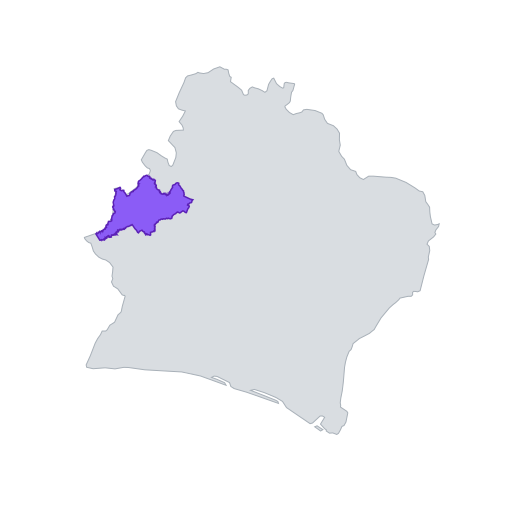 location of Tonkpi, Dix-Huit Montagnes, Ivory Coast, rotated 25°
{"feature_id": "98640826B98350089255378", "entity_name": "Tonkpi", "entity_type": "district", "adm_level": 2, "iso_a3": "CIV", "parent_name": "Ivory Coast", "parent_adm1": "Dix-Huit Montagnes", "projection": "albers", "projection_center": [-7.715, 7.368], "detail": "fine", "context": "in_parent", "style": "filled", "palette": "violet", "viewbox_px": 512, "rotation_deg": 25, "n_neighbors": 0, "source": "geoboundaries", "source_scale": "gbopen_adm2", "svg_char_len": 9659}
<svg xmlns="http://www.w3.org/2000/svg" viewBox="0 0 512 512"><g transform="rotate(25 256 256)"><path d="M125.7,114.1L127.3,114.0L131.4,112.8L135.1,110.1L138.6,104.4L143.3,99.8L148.5,100.1L150.1,99.3L152.0,99.1L154.2,102.1L156.4,104.4L158.0,104.5L159.2,108.8L168.8,110.7L172.9,111.8L176.4,115.0L177.6,115.1L179.1,114.4L180.2,113.3L180.4,112.1L179.0,109.2L179.6,106.6L181.2,104.3L183.6,104.2L187.4,103.5L191.7,103.5L194.9,103.9L196.1,101.6L194.9,95.1L195.2,91.6L195.7,88.6L196.9,87.3L201.7,91.1L206.0,92.4L209.2,92.6L210.0,91.8L208.7,87.7L209.1,86.5L210.2,85.7L212.3,85.3L217.8,83.6L218.4,83.9L219.5,90.4L219.0,92.6L220.2,97.0L221.6,101.1L221.5,102.8L220.3,105.3L219.0,107.6L219.1,108.6L221.3,110.2L225.6,111.8L230.0,112.2L232.4,109.8L235.0,107.8L236.7,106.1L237.3,103.5L240.1,101.6L248.1,99.2L255.4,98.8L257.2,99.6L260.5,103.1L264.7,105.6L271.1,105.2L275.8,106.7L279.8,109.4L282.5,115.5L285.5,119.9L286.8,126.2L291.5,129.5L295.2,130.9L300.1,135.5L305.3,137.8L310.6,137.2L313.1,139.6L317.0,141.2L321.0,141.3L324.4,136.0L329.0,133.9L340.6,129.6L345.1,127.7L349.8,126.4L360.9,125.9L371.3,127.1L376.5,128.1L380.0,127.3L383.4,129.8L386.9,135.0L389.8,136.6L392.7,138.4L394.9,142.6L397.4,146.6L398.8,148.4L402.0,152.5L404.7,152.5L407.3,150.7L408.4,149.4L409.0,152.1L408.0,156.4L408.2,159.1L409.7,160.1L408.9,163.6L405.9,169.5L406.0,173.0L409.0,174.1L411.2,177.7L412.6,184.1L413.9,186.2L414.1,187.5L416.5,202.8L419.4,218.1L417.7,220.1L415.3,220.8L413.7,221.5L413.3,222.9L414.4,225.0L413.7,226.9L410.8,228.3L404.3,233.3L403.9,235.2L402.2,239.4L400.8,242.0L398.8,246.7L395.5,259.2L394.4,269.5L394.2,272.7L393.0,275.0L391.5,278.2L384.6,287.1L381.0,294.4L381.5,297.5L381.7,300.7L380.7,303.0L381.0,309.1L381.9,314.2L383.2,319.2L388.4,333.3L391.2,341.9L392.9,348.9L394.4,353.5L395.8,355.4L396.4,357.2L404.0,358.4L405.5,359.4L407.7,368.5L407.4,372.5L405.9,374.1L406.0,377.6L405.7,381.9L404.6,383.6L400.3,383.9L397.5,385.5L393.6,384.9L393.3,383.9L391.2,383.5L385.5,381.1L386.4,373.2L383.8,372.9L381.7,374.0L377.8,383.5L375.9,385.1L347.7,380.5L341.5,376.6L334.2,375.8L321.4,376.3L310.9,377.6L307.9,380.0L334.5,378.4L337.3,378.6L338.7,380.1L305.1,383.4L292.2,385.4L288.4,384.9L285.5,381.9L271.6,381.6L268.7,382.6L267.0,384.8L272.5,384.3L281.1,384.1L283.5,385.8L256.4,388.2L237.6,392.5L229.6,395.7L203.4,406.1L187.4,411.0L183.2,412.8L175.9,417.9L166.5,421.1L156.0,427.0L149.6,428.4L148.1,426.5L148.0,416.4L147.1,403.0L147.4,397.8L148.3,393.0L148.3,389.0L151.5,387.5L152.3,385.8L152.8,380.5L155.8,375.8L155.8,367.5L156.7,365.7L157.4,363.5L156.1,358.1L154.4,347.8L153.6,347.2L152.9,347.6L151.2,347.8L144.6,344.2L139.6,343.6L136.0,340.6L135.8,337.1L134.0,335.1L132.8,331.1L131.1,326.5L126.1,323.8L121.4,323.1L118.0,323.7L114.1,323.5L109.6,322.0L106.5,320.2L103.6,316.9L100.9,314.2L98.7,314.5L96.1,313.9L93.5,312.7L92.6,311.7L103.5,301.1L107.2,295.9L107.6,292.7L107.7,289.4L108.9,286.2L109.2,281.1L103.2,262.8L101.7,257.2L100.0,255.5L99.0,254.9L102.1,252.5L106.2,253.2L112.7,255.0L114.1,253.2L118.9,244.0L118.8,240.5L118.3,238.2L121.2,231.9L123.4,229.4L124.6,226.8L124.2,223.2L122.5,221.8L120.3,222.1L117.6,221.2L113.5,219.1L111.4,217.3L112.1,208.9L112.5,206.4L113.9,204.9L116.2,204.5L122.5,204.2L127.7,205.2L132.2,205.7L134.6,205.7L136.5,208.2L139.1,210.7L141.4,210.7L142.2,208.8L141.7,200.6L140.2,196.2L136.7,192.0L127.8,188.5L127.6,183.5L128.5,178.0L130.4,176.0L137.0,172.6L135.9,170.7L133.7,168.7L129.5,166.7L130.5,160.2L130.7,154.4L127.2,155.1L123.5,155.4L120.4,153.6L117.9,150.1L117.4,140.4L117.4,129.2L116.9,124.3L117.9,121.7L121.0,119.2L124.5,116.1L125.7,114.1ZM390.0,385.1L388.5,387.3L381.4,386.0L383.1,384.1L390.0,385.1Z" fill="#d9dde1" stroke="#a8b0b8" stroke-width="1"/><path d="M128.7,230.1L128.7,230.3L128.4,230.5L127.2,229.9L126.6,230.3L126.3,230.0L126.5,229.3L125.9,228.8L125.5,228.8L124.5,229.4L123.5,229.1L123.1,228.9L122.4,229.3L122.2,229.8L121.7,230.1L121.3,231.1L120.6,231.1L120.4,232.2L119.9,232.8L119.9,233.8L118.7,236.8L118.1,237.5L118.0,238.6L118.5,239.5L118.3,239.7L118.5,240.2L119.4,240.1L119.0,240.7L120.1,242.1L119.6,242.8L119.6,243.9L118.8,246.2L117.1,248.8L117.5,249.4L117.1,249.9L116.9,249.9L116.0,250.5L115.8,251.6L115.3,252.4L115.8,254.1L115.4,255.0L114.3,255.6L113.7,256.4L110.8,254.3L108.8,253.4L108.5,252.4L107.5,252.6L106.9,253.5L106.5,253.6L105.9,253.7L104.6,253.5L104.8,252.2L104.2,252.0L104.2,251.4L103.9,251.2L103.6,251.3L102.2,253.2L99.9,255.4L99.9,255.8L100.8,256.8L101.7,256.4L102.2,256.6L102.3,258.0L102.7,258.4L102.6,258.6L103.0,259.5L103.2,260.9L103.1,261.5L102.7,261.8L102.8,262.3L103.5,263.1L103.8,264.1L103.5,265.0L103.8,267.6L105.5,270.0L105.4,270.3L105.8,270.4L106.0,270.7L105.9,271.1L105.3,271.9L105.5,272.3L106.3,272.8L106.5,273.1L106.8,273.1L107.1,274.2L107.5,274.3L108.1,274.2L108.4,274.7L109.4,275.5L109.7,275.2L109.9,275.6L109.9,276.9L109.3,277.2L108.8,277.8L109.2,278.5L108.8,279.7L108.9,280.1L108.6,280.4L109.5,283.5L109.3,283.8L109.4,284.1L109.9,284.1L109.9,284.6L110.3,285.0L109.6,286.1L107.7,287.0L108.1,289.3L108.6,290.2L108.5,290.4L107.6,290.6L107.6,291.2L107.2,291.5L107.7,293.1L108.0,293.3L108.2,293.2L108.4,292.5L108.4,293.4L107.4,294.5L107.9,295.3L107.4,295.5L107.3,296.0L106.5,296.5L106.7,298.3L106.4,298.0L106.0,298.0L105.6,298.2L105.5,298.4L105.8,298.7L105.7,298.9L105.5,299.2L105.2,299.0L104.4,299.8L104.6,300.4L104.1,300.0L104.1,300.5L103.3,300.8L103.1,301.2L103.3,302.1L103.2,302.4L102.6,303.0L102.2,302.8L102.0,303.6L101.8,303.6L101.7,303.3L101.6,303.7L107.8,307.7L108.5,307.3L108.8,306.6L109.4,306.6L109.7,306.9L109.9,306.3L110.5,305.9L110.7,305.4L111.6,305.8L111.8,305.7L112.0,305.3L111.8,304.7L112.0,304.4L111.6,304.6L111.5,304.4L112.3,304.0L112.1,303.5L111.5,302.9L111.9,302.8L112.2,303.3L112.4,303.3L112.4,302.8L113.2,302.8L113.3,302.4L113.6,302.5L113.3,302.3L113.2,302.0L112.6,301.6L112.7,301.4L113.4,301.0L113.3,300.6L113.8,300.5L113.7,299.9L114.4,299.9L114.6,300.1L114.9,300.5L114.5,300.9L114.7,301.1L115.5,300.9L115.7,300.5L116.4,300.4L116.5,300.3L116.1,300.2L116.5,300.0L116.6,299.6L116.3,299.5L116.3,298.9L116.5,298.6L116.2,298.0L116.5,297.8L117.0,298.0L117.5,297.6L117.3,297.4L118.0,296.7L118.4,297.0L118.7,296.4L119.1,296.5L119.0,295.9L119.5,296.2L119.8,295.5L120.1,295.8L120.6,295.6L120.1,295.5L120.4,295.4L120.5,295.1L120.2,295.0L120.4,294.8L119.7,294.4L119.9,294.3L120.0,293.8L119.8,293.5L119.6,294.1L119.4,294.3L119.2,293.9L119.4,293.8L119.3,293.1L120.0,292.6L120.3,292.8L120.5,292.6L120.0,292.4L120.0,291.8L120.2,291.7L120.2,292.0L120.5,291.8L119.9,291.5L119.8,291.2L119.7,291.3L119.6,291.2L119.6,290.9L120.0,290.9L120.5,290.6L120.9,291.0L120.8,290.4L121.1,290.1L121.2,289.5L121.5,289.3L121.8,289.5L121.7,290.0L121.8,290.0L122.2,289.5L122.8,289.3L122.6,289.0L123.3,288.9L123.3,288.4L123.7,288.4L124.4,287.9L124.1,287.7L124.3,287.3L124.6,287.5L124.7,287.1L125.3,287.2L125.2,286.8L125.6,286.5L125.3,286.4L125.7,286.1L125.7,285.8L125.9,285.7L125.8,285.3L126.2,284.7L126.7,284.2L126.9,283.6L128.0,283.1L128.1,282.8L129.1,281.9L129.2,281.2L129.9,281.0L130.4,279.9L131.1,280.2L134.7,282.4L136.9,283.2L138.7,284.6L139.7,284.7L140.1,282.6L140.9,281.9L141.3,281.2L141.9,280.8L143.1,281.5L144.4,281.4L144.4,281.7L145.2,282.3L145.5,282.3L146.0,282.7L146.4,282.3L146.9,282.6L147.3,282.9L147.1,283.0L147.2,283.3L147.7,282.8L148.1,282.7L147.8,282.4L147.8,282.1L148.5,282.2L151.3,282.0L151.6,281.4L150.4,279.2L151.5,278.2L151.8,278.1L152.5,277.2L152.8,277.1L152.6,276.9L152.7,276.6L153.1,276.4L152.9,276.2L153.0,276.0L153.3,276.0L153.5,276.3L153.8,275.9L153.3,275.5L153.4,275.1L153.2,274.6L152.9,274.7L152.6,274.4L152.9,274.0L152.7,274.1L152.6,273.4L152.2,273.3L152.3,272.8L152.0,272.3L152.1,272.0L152.0,271.8L151.7,272.0L151.2,271.8L151.0,270.9L151.1,270.6L150.8,270.7L150.7,270.4L151.1,270.1L151.2,269.3L151.7,268.6L151.8,268.0L151.6,267.4L151.9,267.1L152.4,267.3L152.9,266.5L152.7,265.7L152.9,264.3L154.0,263.7L154.2,262.9L154.8,262.4L155.7,262.3L156.1,261.5L156.7,261.3L157.0,261.4L157.8,260.8L158.4,260.7L158.8,259.7L159.4,259.7L160.0,259.3L160.3,259.4L160.5,258.8L162.5,258.6L162.9,258.3L163.0,257.9L163.7,257.6L163.6,256.6L163.2,255.8L163.4,255.3L163.2,255.0L163.7,254.1L163.8,253.4L165.4,251.4L165.6,250.1L166.2,249.8L166.5,249.2L168.6,249.3L169.3,248.6L169.8,247.3L170.7,246.0L172.0,245.9L173.5,246.4L174.5,246.2L174.6,245.6L174.4,244.1L174.3,241.6L174.6,241.1L174.6,239.3L174.2,238.8L172.4,238.8L172.3,238.1L172.4,237.6L173.2,237.3L173.4,236.1L174.8,235.0L175.0,234.1L174.6,233.2L175.0,231.7L172.3,232.2L165.3,232.2L165.2,232.0L165.2,231.7L164.9,231.5L164.9,230.5L164.2,229.7L164.1,229.2L163.3,228.6L162.8,227.6L161.9,227.5L161.8,227.3L161.6,227.3L160.8,226.6L159.9,226.4L157.3,224.6L155.8,224.2L155.3,222.7L154.2,222.7L153.3,223.2L152.5,224.3L152.4,225.4L150.9,226.7L150.7,227.2L150.7,228.0L151.4,229.0L151.4,229.5L151.1,230.1L151.2,230.8L150.9,231.5L151.0,233.1L150.6,234.4L151.2,234.7L151.5,235.2L151.5,235.4L151.0,235.4L150.5,235.7L151.1,236.3L151.0,236.8L150.6,237.0L150.7,237.6L150.3,238.2L149.8,238.1L149.6,238.6L149.1,237.8L149.1,238.2L148.7,238.2L148.4,238.6L147.6,238.6L147.3,238.3L147.4,238.0L147.1,237.7L146.9,238.1L146.1,238.0L145.8,238.4L145.9,239.0L145.2,239.2L144.9,239.6L144.2,239.4L143.8,239.7L142.9,238.9L142.6,239.3L142.2,239.3L141.7,238.9L141.8,238.3L141.2,238.4L140.7,237.7L141.0,237.5L140.7,237.1L140.0,237.4L139.7,237.3L139.2,237.4L137.4,237.0L137.2,236.6L136.8,236.4L136.9,236.1L136.6,235.8L136.1,235.5L135.8,235.6L136.0,234.6L135.8,234.2L135.5,234.4L135.1,234.2L134.7,233.5L134.1,233.5L133.8,233.2L133.6,233.5L133.4,233.4L133.3,232.6L133.6,232.3L133.3,231.8L133.1,231.8L133.2,231.2L132.8,230.0L131.9,229.9L131.5,230.0L131.2,229.8L131.2,230.3L130.4,230.7L129.8,230.4L129.7,230.2L129.2,230.4L128.7,230.1Z" fill="#8b5cf6" stroke="#5b21b6" stroke-width="1.5"/></g></svg>